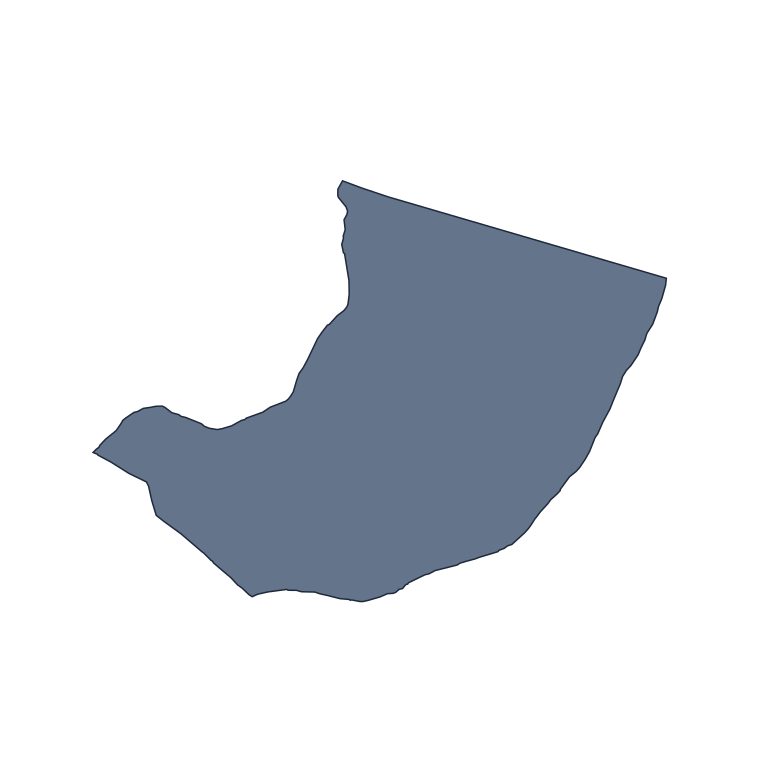 outline of Cuilco, Huehuetenango, Guatemala, rotated 77°
{"feature_id": "79465075B28423402187553", "entity_name": "Cuilco", "entity_type": "district", "adm_level": 2, "iso_a3": "GTM", "parent_name": "Guatemala", "parent_adm1": "Huehuetenango", "projection": "albers", "projection_center": [-91.949, 15.456], "detail": "fine", "context": "isolated", "style": "filled", "palette": "slate", "viewbox_px": 768, "rotation_deg": 77, "n_neighbors": 0, "source": "geoboundaries", "source_scale": "gbopen_adm2", "svg_char_len": 2206}
<svg xmlns="http://www.w3.org/2000/svg" viewBox="0 0 768 768"><g transform="rotate(77 384 384)"><path d="M561.6,560.3L560.4,554.3L560.5,543.6L562.3,524.9L563.4,523.9L565.3,515.8L567.8,511.3L571.2,498.1L574.1,493.5L577.3,486.7L583.3,475.1L586.2,466.1L587.1,465.6L587.1,464.1L590.3,457.0L591.2,453.9L591.3,448.8L590.6,435.9L589.1,427.8L590.0,422.5L589.7,419.6L587.5,415.4L587.5,411.9L584.3,407.9L584.3,405.9L583.2,404.9L579.1,387.1L579.1,383.0L577.3,376.2L576.8,353.1L575.7,350.5L575.3,344.6L574.9,334.4L574.3,330.2L573.0,310.8L571.9,309.2L571.2,303.9L569.5,299.9L569.1,295.5L562.2,283.3L561.3,281.6L560.0,279.5L557.1,275.5L554.4,272.4L553.4,271.4L549.1,267.0L548.2,265.7L543.8,260.5L537.4,251.2L534.3,247.7L531.0,241.8L530.0,240.0L527.5,236.3L526.2,235.8L516.1,224.1L512.6,216.8L509.6,212.4L504.4,206.8L502.5,204.8L495.9,198.8L483.7,190.4L480.7,187.0L470.3,179.3L459.1,169.4L452.5,164.9L436.8,153.6L430.3,149.8L425.3,144.8L423.9,142.7L421.5,139.2L412.8,129.9L406.8,125.6L399.4,119.6L395.6,117.6L393.4,116.1L386.3,108.8L375.1,101.4L370.1,99.0L363.3,94.1L350.9,87.3L344.5,85.1L202.7,337.7L187.6,362.3L176.7,378.7L183.8,385.1L189.9,386.6L191.9,386.5L202.7,381.2L207.4,380.6L210.5,382.0L215.0,386.0L224.9,387.1L230.4,390.3L233.2,390.9L238.5,393.8L247.0,394.0L248.2,393.1L275.5,394.9L289.0,397.8L297.9,401.1L300.3,402.6L303.5,406.6L306.9,414.2L313.5,423.7L314.0,426.0L319.4,432.6L324.8,438.5L342.9,452.9L350.1,459.2L354.6,464.4L361.0,468.4L371.3,474.2L374.9,477.8L377.0,480.4L378.6,483.4L381.0,500.1L384.2,508.5L386.3,525.9L387.3,527.5L387.4,531.0L390.5,542.0L391.1,551.8L390.9,556.6L387.9,564.0L385.0,568.3L381.6,570.9L376.6,578.1L371.9,584.9L369.9,589.0L367.7,590.8L364.3,597.1L357.9,602.4L357.0,603.3L355.7,604.9L354.4,611.0L354.2,617.1L353.6,624.1L355.4,630.4L355.4,634.0L359.1,643.4L360.7,646.8L361.9,647.7L364.1,649.9L369.2,655.5L375.1,667.6L379.6,674.4L381.5,676.0L382.9,679.1L385.3,682.9L388.0,679.0L388.9,678.8L398.5,667.8L413.8,652.6L426.0,637.5L430.7,636.4L445.5,636.5L460.7,635.5L468.1,629.6L484.2,615.6L506.8,598.9L507.9,597.8L517.1,592.1L518.0,590.9L519.8,590.5L529.7,583.2L538.1,576.9L546.9,571.8L550.9,568.2L558.8,563.0L561.6,560.3Z" fill="#64748b" stroke="#1e293b" stroke-width="1.5"/></g></svg>